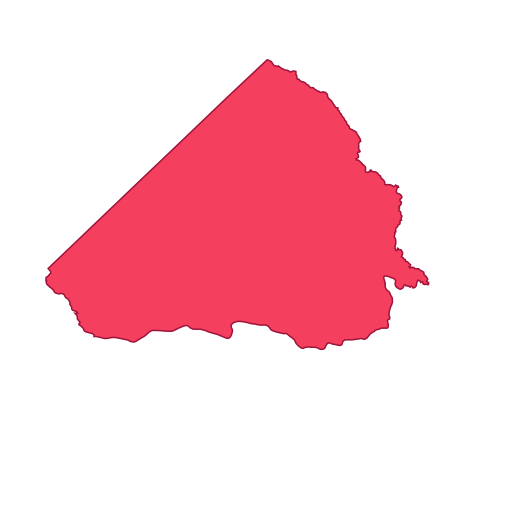 Novo Mundo, Mato Grosso, Brazil, rotated 311°
{"feature_id": "56859067B63599343869059", "entity_name": "Novo Mundo", "entity_type": "district", "adm_level": 2, "iso_a3": "BRA", "parent_name": "Brazil", "parent_adm1": "Mato Grosso", "projection": "robinson", "projection_center": [-55.354, -9.812], "detail": "fine", "context": "isolated", "style": "filled", "palette": "rose", "viewbox_px": 512, "rotation_deg": 311, "n_neighbors": 0, "source": "geoboundaries", "source_scale": "gbopen_adm2", "svg_char_len": 6119}
<svg xmlns="http://www.w3.org/2000/svg" viewBox="0 0 512 512"><g transform="rotate(311 256 256)"><path d="M110.2,107.3L109.6,111.1L108.3,112.5L106.7,112.2L104.9,112.3L103.6,112.1L102.1,111.6L101.4,112.4L99.9,113.1L99.9,114.3L98.7,114.6L97.6,116.3L97.4,117.4L97.5,119.1L97.2,120.6L97.5,121.8L97.3,123.6L97.5,124.9L96.7,127.0L96.5,128.5L97.0,130.0L98.2,132.4L99.9,133.3L100.6,135.0L101.0,136.6L100.1,138.6L99.7,140.1L100.2,141.6L100.0,142.9L99.5,144.6L98.9,146.1L97.4,147.2L97.0,148.6L96.5,150.3L95.1,151.7L94.8,153.2L95.3,154.6L96.1,156.5L96.2,157.8L95.7,158.9L94.0,156.9L93.9,158.2L93.5,160.1L92.7,161.2L91.3,162.4L90.9,164.2L90.7,166.0L90.2,167.0L88.9,166.7L87.9,167.6L88.3,169.0L88.1,173.0L87.1,174.8L86.8,175.9L87.2,177.5L88.5,180.2L89.1,181.5L90.3,183.9L90.0,185.6L88.9,186.6L90.3,188.0L93.3,193.6L94.3,195.7L95.5,197.1L98.8,199.8L100.7,201.5L102.1,203.2L103.4,205.3L107.1,211.9L108.2,213.9L108.8,215.3L109.0,217.0L109.8,218.5L110.9,220.2L112.2,221.1L116.6,222.5L122.2,224.4L124.7,224.9L128.5,225.2L130.2,225.8L131.9,226.7L134.9,230.2L137.0,232.9L139.2,236.0L143.1,240.8L144.1,241.9L145.5,242.7L148.7,244.1L150.7,244.9L152.2,245.6L155.7,247.4L156.7,248.1L157.5,248.7L158.4,249.8L158.7,251.6L158.6,253.3L159.4,256.2L160.5,257.7L163.3,260.9L164.4,262.3L166.3,266.3L167.0,268.0L167.3,269.4L168.0,271.0L169.1,273.3L171.7,278.9L172.4,281.1L174.5,287.3L175.1,288.5L176.2,289.4L177.2,289.6L178.6,289.7L180.5,289.2L182.5,288.2L184.3,287.2L185.2,285.9L185.6,284.8L186.3,283.7L187.1,282.9L188.4,282.4L189.8,282.6L191.7,283.1L194.7,285.1L196.0,286.6L198.1,289.6L200.1,293.2L201.7,296.6L204.3,300.4L205.0,301.9L205.9,303.4L207.3,305.4L209.5,307.6L210.2,308.8L210.9,310.1L211.0,311.8L210.7,313.7L210.3,314.8L210.2,316.0L210.5,317.4L212.1,321.4L214.5,325.9L215.6,327.9L217.6,330.0L217.6,334.6L217.9,336.7L218.0,339.9L217.2,341.6L216.3,343.8L216.0,347.4L216.2,350.2L217.3,352.3L219.1,352.9L221.9,355.3L223.2,357.4L225.5,360.0L226.3,361.2L227.1,362.9L227.4,364.7L228.0,365.9L228.8,367.1L230.3,368.1L232.0,368.3L233.4,367.8L235.3,367.4L237.0,367.3L238.5,368.3L239.2,369.9L239.6,371.3L241.2,373.9L242.1,375.8L243.4,377.8L244.2,378.5L245.4,378.9L246.6,378.5L247.8,377.9L249.1,377.6L250.9,378.1L254.1,381.5L255.4,383.1L256.5,384.2L260.1,387.2L260.9,388.0L262.1,388.9L263.1,390.0L263.7,391.6L264.5,392.6L265.5,393.1L266.8,393.5L268.0,393.5L269.5,393.5L271.1,393.3L272.1,393.4L273.2,393.6L275.0,394.1L276.4,394.6L277.7,394.8L279.4,395.3L281.0,396.6L282.6,397.4L283.9,398.0L287.2,401.9L288.2,402.5L289.2,402.3L290.8,401.1L291.9,399.7L292.6,398.6L293.4,397.6L294.6,397.5L296.2,398.2L297.7,396.9L298.3,395.6L299.2,394.7L300.1,393.9L302.9,392.3L306.4,390.8L307.7,390.5L308.7,390.2L309.7,389.7L311.1,388.9L313.5,386.6L314.2,385.3L314.6,383.7L315.5,382.1L316.1,380.8L316.3,379.1L316.2,377.5L316.3,376.3L316.9,374.7L317.9,373.3L319.8,371.8L320.6,370.9L322.4,368.0L323.4,366.6L324.7,366.0L325.8,366.7L326.7,367.9L327.4,369.4L328.0,371.3L329.2,374.4L329.5,376.2L329.0,377.6L326.7,378.9L325.5,380.1L324.8,381.5L324.7,382.8L325.1,385.7L325.8,386.9L327.7,387.7L329.3,387.6L330.3,387.3L331.3,386.8L332.2,387.4L332.0,388.9L332.7,390.1L333.5,391.3L333.5,392.7L335.0,392.9L335.3,394.2L334.8,395.3L336.3,396.5L337.6,396.6L338.6,396.4L340.7,395.3L342.2,394.4L344.0,394.1L344.3,395.2L344.7,396.2L344.0,397.6L345.0,397.9L345.7,398.8L344.6,400.2L344.9,401.8L346.4,402.9L347.1,404.7L348.2,404.6L349.3,403.6L348.8,402.5L348.9,401.2L350.7,401.1L351.6,400.0L352.2,397.5L352.2,395.0L353.8,393.3L353.6,391.4L352.9,389.3L353.1,387.1L351.6,385.5L350.7,384.2L350.8,382.6L350.2,381.5L348.9,380.8L348.0,380.0L348.3,378.5L349.8,379.2L350.9,378.3L350.7,376.6L351.0,375.2L350.9,373.7L350.1,372.2L351.2,371.2L350.8,369.4L351.2,368.1L350.8,366.3L353.5,365.4L354.6,364.6L355.8,361.8L355.4,360.7L354.8,359.7L354.7,357.8L352.9,359.0L352.0,358.1L353.0,356.0L354.1,354.9L355.4,354.2L356.4,353.7L358.0,352.6L359.7,350.9L360.7,349.5L360.9,348.1L361.9,347.3L364.1,346.2L364.7,345.1L365.9,345.7L367.5,344.1L368.7,343.3L370.0,343.5L371.4,343.5L372.8,342.8L374.2,343.6L375.7,342.9L376.9,341.6L378.5,342.3L379.1,341.0L380.6,340.5L381.9,339.9L382.1,338.7L382.8,337.5L384.0,336.5L384.2,334.6L384.9,333.1L386.4,332.9L387.1,331.3L388.8,331.7L390.7,331.3L392.1,330.4L392.0,329.0L392.7,327.5L394.0,327.7L395.4,327.8L396.6,327.0L397.0,325.4L397.0,323.7L396.4,322.7L396.0,321.0L396.7,319.5L398.6,318.5L400.3,317.7L401.4,318.5L402.0,317.6L401.3,316.1L401.1,314.8L399.9,315.0L398.7,314.4L398.5,312.8L398.2,311.5L397.7,310.3L396.8,309.3L396.1,308.2L394.9,307.4L394.5,306.1L395.6,305.4L396.5,304.1L396.9,302.5L397.0,299.1L398.1,297.3L397.7,295.4L398.3,293.5L398.2,292.1L397.6,290.4L396.8,289.7L396.1,288.2L396.3,286.4L395.4,285.8L394.9,286.9L393.5,285.9L392.4,285.3L391.5,284.0L391.9,282.4L393.1,282.0L394.3,281.1L395.0,279.9L395.2,278.7L395.3,277.5L395.0,276.3L395.6,274.8L395.4,273.4L395.6,271.7L395.4,270.0L394.2,268.8L395.1,267.7L396.5,268.2L397.8,268.5L398.9,267.5L399.6,266.2L400.1,265.0L401.4,264.9L402.4,266.0L403.4,265.8L403.7,264.4L404.2,263.1L405.2,262.5L406.2,261.6L407.3,260.4L408.8,259.5L409.7,259.3L411.2,259.8L412.5,258.1L413.4,255.9L414.3,252.3L415.2,250.8L415.2,248.9L414.6,247.1L414.4,245.7L413.8,243.9L413.8,242.7L414.7,241.6L415.1,240.5L415.2,237.9L416.5,236.4L416.8,233.7L417.4,232.8L417.7,231.7L418.1,228.9L419.1,227.2L418.9,225.7L419.7,224.3L420.1,223.2L419.7,221.7L421.5,220.9L420.4,218.9L420.8,217.1L421.2,215.8L421.5,214.5L422.6,211.1L422.6,207.3L423.0,206.0L423.8,205.0L424.9,203.6L424.8,202.4L425.2,201.1L424.3,200.2L424.1,199.1L423.1,198.3L421.7,197.5L421.7,196.0L421.4,194.9L420.7,193.9L420.7,192.4L420.4,191.1L420.4,189.9L420.6,188.8L419.0,186.9L418.8,185.4L419.3,183.4L418.7,181.7L419.0,179.6L418.5,177.5L417.5,175.9L417.3,174.7L417.5,172.1L416.5,171.3L417.4,169.8L418.7,168.6L419.4,166.6L420.3,166.2L421.5,164.9L420.7,163.6L419.7,162.4L418.3,161.9L417.3,161.0L417.1,158.9L416.7,157.7L415.6,156.3L415.1,154.9L414.8,153.2L414.3,152.1L414.1,148.1L413.0,148.0L412.6,146.4L411.8,145.5L411.7,143.8L412.8,139.9L412.4,138.7L412.0,137.0L411.4,135.7L357.0,130.2L278.9,123.0L241.0,119.4L162.0,112.1L110.2,107.3Z" fill="#f43f5e" stroke="#9f1239" stroke-width="1.5"/></g></svg>